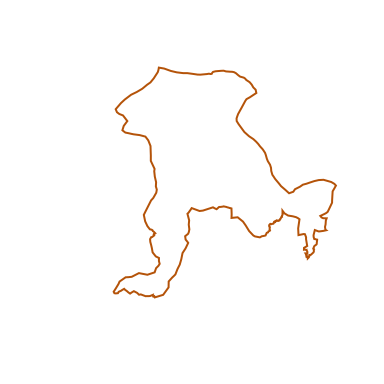 Ifelodun, Kwara, Nigeria (Mercator projection), rotated 235°
{"feature_id": "59680162B15317000449503", "entity_name": "Ifelodun", "entity_type": "district", "adm_level": 2, "iso_a3": "NGA", "parent_name": "Nigeria", "parent_adm1": "Kwara", "projection": "mercator", "projection_center": [4.887, 8.634], "detail": "fine", "context": "isolated", "style": "outline", "palette": "amber", "viewbox_px": 384, "rotation_deg": 235, "n_neighbors": 0, "source": "geoboundaries", "source_scale": "gbopen_adm2", "svg_char_len": 4939}
<svg xmlns="http://www.w3.org/2000/svg" viewBox="0 0 384 384"><g transform="rotate(235 192 192)"><path d="M114.7,313.6L117.0,313.3L120.3,311.8L122.8,309.8L126.6,306.7L129.1,302.6L130.8,298.4L132.1,294.1L133.1,290.6L134.4,287.0L134.4,283.5L135.2,278.0L134.1,275.1L135.3,270.8L140.2,269.7L145.7,268.3L149.2,268.1L152.7,267.8L153.7,267.7L155.3,267.6L157.9,267.7L160.0,267.7L163.8,269.0L166.5,270.6L169.7,271.6L170.3,271.6L173.7,271.8L176.3,272.4L180.0,273.7L182.2,274.3L185.6,274.4L186.5,274.4L190.4,273.9L193.4,273.8L196.4,273.4L200.1,272.6L205.0,270.7L210.2,269.5L211.0,269.3L215.2,269.2L220.9,269.1L224.5,269.3L226.7,270.7L227.9,272.3L229.5,274.6L230.0,275.7L230.8,277.3L232.5,280.8L234.0,283.8L236.1,288.0L236.8,289.9L236.4,293.8L236.3,298.0L236.2,301.5L239.3,302.8L242.5,302.2L245.7,302.5L248.9,302.2L252.7,300.7L254.4,300.6L256.0,300.0L258.9,297.6L261.0,296.9L264.2,296.1L266.0,295.2L267.4,293.9L268.6,292.3L271.3,289.0L273.2,287.5L274.6,285.3L277.4,280.5L278.3,278.1L278.1,277.1L277.5,276.0L277.9,275.0L279.2,273.7L280.1,271.8L283.3,266.2L284.9,264.0L288.2,260.5L292.0,256.4L294.3,253.1L298.8,248.1L303.3,244.1L309.1,240.0L312.9,236.2L311.3,234.6L309.8,232.7L307.0,225.8L305.6,220.8L305.6,216.5L305.5,215.5L305.1,210.5L305.6,204.1L306.6,197.9L306.3,190.1L305.6,184.9L303.6,177.0L300.4,176.3L297.6,177.2L294.3,179.4L287.2,179.7L285.3,174.0L282.5,170.4L281.1,170.8L278.9,171.5L276.6,173.7L274.4,175.7L272.8,177.2L268.6,181.8L264.1,185.6L259.4,185.8L253.5,184.4L245.5,179.2L241.1,176.1L232.4,174.6L230.7,173.0L226.0,170.4L220.6,168.2L217.3,165.6L214.3,164.6L214.1,164.5L211.9,162.3L209.3,156.8L208.9,155.1L208.6,153.7L202.5,142.3L200.9,139.4L194.8,136.8L189.6,135.9L185.6,136.1L184.3,137.3L183.4,137.7L182.5,137.5L181.4,137.9L179.5,138.2L179.6,137.9L179.6,137.7L179.4,137.5L179.5,137.5L179.5,137.2L179.5,136.7L178.9,136.0L178.1,135.7L178.0,133.5L178.4,132.6L177.4,130.6L175.0,129.2L172.2,128.2L169.2,127.0L165.1,125.1L160.0,125.4L156.9,127.1L154.4,125.3L151.7,124.3L150.8,122.2L150.2,118.9L147.6,115.3L149.8,108.0L156.0,102.0L157.1,94.0L158.8,90.9L160.2,88.7L160.2,85.9L160.2,81.3L158.8,79.0L156.9,74.7L155.2,70.6L153.6,70.4L152.7,71.3L151.6,73.3L152.3,74.7L151.8,77.3L151.8,78.5L151.6,80.9L150.2,81.1L148.3,81.8L146.2,82.3L144.3,83.0L144.3,84.9L144.1,87.5L140.8,89.2L138.2,89.7L137.5,91.3L133.3,94.2L130.9,97.8L130.2,100.9L129.7,100.4L128.5,100.3L128.3,101.4L127.0,101.1L124.3,109.4L127.3,118.1L132.1,121.6L133.3,126.8L133.6,128.9L134.0,131.1L137.0,135.6L137.9,137.2L139.6,140.4L140.2,141.1L143.1,144.7L147.4,149.2L149.5,154.4L152.5,159.7L154.0,159.7L156.7,159.5L159.7,161.0L160.0,164.9L161.0,166.4L162.9,168.4L167.1,170.6L170.4,173.4L176.8,175.8L177.1,177.5L177.8,179.3L178.0,180.0L179.0,182.5L172.1,187.3L170.5,190.3L167.4,200.4L165.3,201.4L163.8,202.3L164.2,205.6L163.4,206.8L162.2,209.2L162.2,209.4L162.1,209.6L162.0,209.8L161.8,209.9L161.4,210.3L159.9,211.7L159.1,212.2L158.6,212.7L157.7,213.4L157.5,213.5L157.3,213.6L157.2,213.8L156.9,214.1L155.9,214.9L151.0,211.7L148.1,209.5L145.1,214.9L138.5,216.8L133.9,216.8L127.2,216.4L121.2,217.3L119.5,218.1L115.9,221.6L115.7,223.8L114.8,225.7L114.2,227.3L115.7,229.8L115.3,231.1L115.9,232.1L115.6,233.4L115.9,234.0L116.7,234.0L117.5,234.6L118.5,235.6L118.9,235.4L120.0,235.7L120.7,236.4L121.0,237.8L120.8,238.1L120.3,238.1L120.0,238.9L119.8,239.7L119.7,240.4L119.4,240.6L119.8,241.5L120.5,242.1L120.5,242.7L120.2,242.9L119.7,242.5L119.6,242.8L120.1,243.2L120.4,243.9L119.9,244.4L120.1,245.2L119.4,245.4L119.3,246.1L118.8,246.2L118.6,246.9L118.9,247.7L118.7,247.8L119.1,248.8L119.4,248.9L119.7,250.1L120.2,250.6L120.0,251.5L120.8,251.9L121.2,252.5L121.4,253.2L122.4,253.7L123.0,254.2L124.2,255.0L124.8,255.4L121.5,255.5L117.6,257.2L114.3,260.6L111.7,262.8L109.8,263.8L108.0,264.4L101.3,258.1L95.6,254.5L93.5,259.4L92.7,260.3L92.3,260.2L89.5,259.5L88.0,258.4L81.7,255.4L82.0,251.7L80.5,250.6L80.0,251.6L79.2,252.1L79.0,252.3L78.9,252.6L78.6,252.4L78.2,252.4L77.8,252.4L77.5,252.3L77.2,252.3L76.7,252.1L76.4,251.9L76.1,251.7L75.9,251.5L75.8,251.4L75.5,251.2L75.7,250.9L75.9,250.7L76.3,250.3L76.6,249.8L76.3,249.8L75.8,249.6L74.8,249.3L74.5,249.3L74.4,249.4L74.0,248.9L73.2,248.6L72.9,249.5L72.4,249.3L72.2,249.2L71.8,249.0L71.7,249.0L71.2,248.7L71.5,250.3L71.7,250.6L71.9,251.0L72.3,251.4L72.7,251.8L72.8,251.9L73.0,252.1L72.7,252.6L72.4,252.9L72.4,253.2L72.6,255.1L72.8,256.3L72.8,256.7L73.1,257.3L73.7,258.0L73.9,258.1L74.9,258.6L75.4,258.8L75.8,258.9L75.6,259.2L76.0,259.3L76.1,259.2L77.1,260.4L77.6,261.4L77.6,262.1L77.6,263.7L77.8,264.2L77.9,264.4L78.6,264.9L79.5,265.7L80.8,266.9L81.2,267.2L81.9,266.5L82.6,266.0L82.9,265.8L83.0,265.6L83.3,265.2L85.3,265.8L86.9,266.8L90.4,270.8L87.2,273.0L86.6,273.8L84.8,277.3L83.7,280.0L84.6,279.7L87.1,280.9L88.8,282.8L91.9,285.3L93.2,287.2L95.3,284.4L96.9,283.5L98.8,283.4L98.1,287.5L97.8,289.7L97.9,291.7L99.2,294.1L102.9,300.6L104.7,301.9L111.9,307.6L113.4,310.9L113.9,311.9L114.7,313.6Z" fill="none" stroke="#b45309" stroke-width="2"/></g></svg>